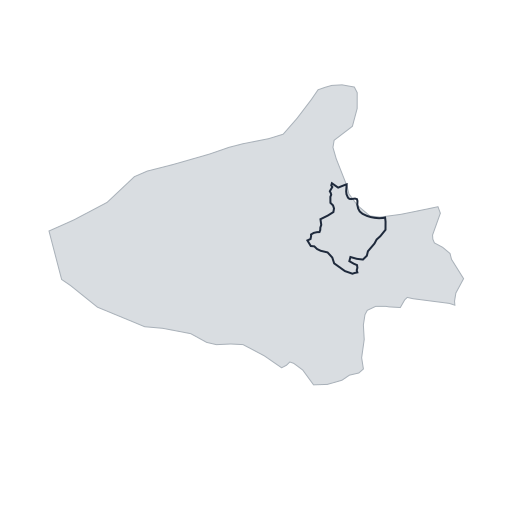 location of Ngozi within Burundi, rotated 74°
{"feature_id": "BDI-2642", "entity_name": "Ngozi", "entity_type": "Province", "adm_level": 1, "iso_a3": "BDI", "parent_name": "Burundi", "parent_adm1": "", "projection": "robinson", "projection_center": [29.883, -2.862], "detail": "fine", "context": "in_parent", "style": "outline", "palette": "slate", "viewbox_px": 512, "rotation_deg": 74, "n_neighbors": 0, "source": "natural_earth", "source_scale": "10m", "svg_char_len": 2001}
<svg xmlns="http://www.w3.org/2000/svg" viewBox="0 0 512 512"><g transform="rotate(74 256 256)"><path d="M358.1,78.4L354.9,83.1L340.3,116.9L337.5,122.0L339.1,125.1L345.3,131.5L341.6,142.1L340.2,145.0L337.4,154.9L338.9,164.0L342.4,167.4L351.9,171.8L366.1,175.0L382.9,182.5L394.2,183.9L396.8,189.4L396.3,199.1L399.1,207.6L399.1,222.8L395.7,236.2L378.5,242.5L369.6,249.3L367.2,252.7L369.4,256.8L370.5,262.2L354.3,275.5L337.6,292.9L333.6,304.6L330.3,318.5L325.4,327.3L312.7,340.1L299.7,365.8L293.3,382.5L261.5,422.5L233.2,442.5L225.0,449.3L174.9,448.1L171.1,421.1L163.4,384.3L146.2,351.0L144.4,337.1L145.2,310.2L145.2,272.5L144.1,252.2L144.5,237.4L146.7,211.7L146.4,196.3L135.0,178.6L120.9,159.7L113.3,150.5L112.9,143.0L112.9,136.2L115.2,126.1L120.7,114.9L126.9,113.7L142.1,118.1L157.9,127.6L166.3,149.0L172.8,152.1L184.5,152.1L214.4,149.2L221.8,149.6L235.4,144.5L248.9,135.5L252.8,126.1L255.9,105.2L258.8,67.5L265.7,67.0L284.5,80.5L288.6,81.4L292.6,80.9L299.1,74.2L307.1,68.8L313.1,69.0L335.0,62.7L346.7,74.1L354.1,77.6L358.1,78.4Z" fill="#d9dde1" stroke="#a8b0b8" stroke-width="1"/><path d="M238.6,144.7L241.8,144.0L244.8,142.0L248.1,138.2L250.2,135.0L252.1,131.2L253.6,127.3L254.5,123.3L254.6,121.3L258.7,122.0L266.5,124.3L271.2,131.0L273.4,135.5L276.7,138.7L282.3,147.1L286.3,149.4L288.9,154.2L286.5,159.9L283.0,165.5L286.7,167.7L290.4,164.1L292.6,161.4L295.3,161.8L297.4,163.1L299.7,163.1L299.5,165.7L299.6,168.2L295.0,174.7L284.6,182.9L278.5,183.1L272.3,186.2L268.8,192.4L266.1,195.4L262.8,197.3L261.5,200.6L255.2,202.3L254.7,198.9L252.0,197.5L250.5,197.2L249.7,194.1L249.9,190.8L250.5,188.4L248.8,187.1L246.4,186.3L244.1,184.7L238.4,183.9L236.9,175.7L235.1,169.5L231.8,167.9L228.6,168.0L225.4,169.8L219.6,168.2L217.8,166.8L216.0,166.8L214.1,167.2L210.7,163.6L208.9,164.2L207.0,163.0L212.9,158.2L212.1,150.1L212.1,149.1L218.7,151.5L221.7,152.0L225.3,151.5L226.8,150.5L227.5,148.8L228.1,145.0L229.2,143.3L231.1,143.3L234.6,144.5L238.6,144.7Z" fill="none" stroke="#1e293b" stroke-width="2"/></g></svg>